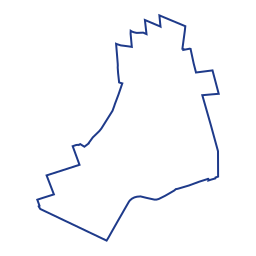 Salcia, Teleorman, Romania
{"feature_id": "2599482B37007656792244", "entity_name": "Salcia", "entity_type": "district", "adm_level": 2, "iso_a3": "ROU", "parent_name": "Romania", "parent_adm1": "Teleorman", "projection": "natural_earth1", "projection_center": [24.918, 43.953], "detail": "fine", "context": "isolated", "style": "outline", "palette": "blue", "viewbox_px": 256, "rotation_deg": 0, "n_neighbors": 0, "source": "geoboundaries", "source_scale": "gbopen_adm2", "svg_char_len": 1421}
<svg xmlns="http://www.w3.org/2000/svg" viewBox="0 0 256 256"><path d="M218.7,93.8L218.4,92.7L218.1,91.5L212.5,70.4L210.2,70.7L196.0,72.5L193.7,63.6L190.9,50.5L190.6,49.0L190.4,49.0L189.9,48.7L189.7,48.7L183.4,49.9L183.5,49.1L182.7,48.9L182.4,48.8L184.8,31.0L185.3,26.2L159.4,15.4L160.2,23.8L160.5,26.6L160.3,26.5L144.9,20.0L146.5,34.1L144.9,33.4L143.4,32.7L141.7,32.7L139.3,32.8L136.9,32.9L136.6,32.9L134.0,32.3L132.0,31.6L130.7,30.8L130.6,33.7L131.8,46.9L131.3,46.8L128.7,46.4L124.1,45.8L120.8,45.4L117.1,44.2L116.1,43.8L117.0,54.7L117.7,63.5L117.8,65.6L117.7,67.5L118.1,73.2L119.0,81.3L119.1,82.4L119.6,82.6L120.2,82.8L122.3,83.4L118.5,94.5L114.8,104.3L114.2,106.2L112.5,110.8L101.7,128.0L101.4,128.5L99.3,131.1L92.8,137.4L88.5,143.3L88.6,143.5L84.4,146.7L80.2,144.1L78.8,145.0L78.4,144.8L76.2,145.0L72.7,146.2L79.5,164.8L46.6,175.4L53.9,194.4L42.8,197.9L37.3,199.7L39.5,205.8L38.7,206.3L39.1,207.1L40.3,209.0L106.6,240.6L108.5,237.5L111.7,231.8L118.4,220.0L122.9,212.2L123.5,211.1L128.8,201.9L129.8,200.5L131.9,198.7L134.4,197.4L137.0,196.7L140.5,196.4L146.2,197.8L154.4,199.6L156.4,199.6L158.7,199.0L165.1,195.8L169.3,193.4L174.1,190.6L175.9,189.1L177.7,188.8L188.9,185.5L199.2,181.7L207.4,179.1L207.8,178.9L208.3,178.9L208.5,179.7L208.4,180.5L210.8,179.7L212.9,179.1L215.3,178.4L215.5,177.5L218.1,176.6L218.0,151.2L210.9,125.3L202.3,95.2L212.6,94.3L218.7,93.8Z" fill="none" stroke="#1e3a8a" stroke-width="2"/></svg>